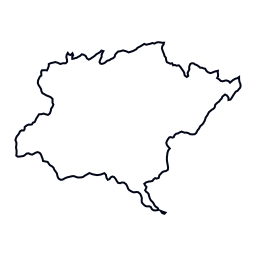 Açucena, Minas Gerais, Brazil (Robinson projection)
{"feature_id": "56859067B35065723034456", "entity_name": "Açucena", "entity_type": "district", "adm_level": 2, "iso_a3": "BRA", "parent_name": "Brazil", "parent_adm1": "Minas Gerais", "projection": "robinson", "projection_center": [-42.437, -19.076], "detail": "fine", "context": "isolated", "style": "outline", "palette": "ink", "viewbox_px": 256, "rotation_deg": 0, "n_neighbors": 0, "source": "geoboundaries", "source_scale": "gbopen_adm2", "svg_char_len": 4653}
<svg xmlns="http://www.w3.org/2000/svg" viewBox="0 0 256 256"><path d="M164.0,42.7L162.4,42.8L160.3,42.4L158.2,42.2L156.5,42.5L154.4,43.6L152.3,43.0L150.6,43.7L148.9,44.1L146.2,44.7L144.3,43.9L142.2,45.2L140.3,46.4L138.8,47.1L137.4,47.9L136.4,49.2L135.1,49.9L133.3,50.9L130.9,51.7L128.7,52.4L126.5,51.4L124.7,50.9L123.1,50.4L121.7,50.8L120.1,51.3L118.1,51.5L116.3,53.3L115.2,54.6L114.7,56.7L113.1,58.2L111.1,59.0L109.3,60.2L107.1,60.8L105.5,62.3L103.7,63.4L101.7,63.9L100.3,63.5L99.5,62.0L100.2,59.9L100.8,58.5L101.6,57.1L101.6,54.9L102.3,53.1L103.4,51.1L101.4,50.6L100.0,52.2L98.3,53.2L96.4,54.2L95.0,55.6L93.4,56.8L92.0,57.7L90.4,58.8L88.8,59.6L87.0,58.4L85.7,56.0L83.6,54.7L81.8,54.3L80.1,55.9L78.1,56.9L76.7,57.8L75.2,58.1L73.9,58.6L72.3,58.9L72.2,56.9L73.2,55.2L72.4,53.3L70.8,55.0L69.2,54.7L67.8,52.9L66.7,54.9L66.3,57.2L67.0,59.6L67.1,61.8L65.6,63.3L63.5,63.2L62.0,63.5L60.2,64.0L57.9,62.8L55.5,62.1L53.1,62.6L50.7,63.2L48.8,64.0L48.8,65.9L48.0,68.2L47.0,70.4L45.0,70.2L41.9,70.3L41.1,72.0L41.3,73.8L41.3,75.6L40.0,76.5L39.3,77.8L38.1,80.3L37.8,83.0L38.6,85.1L39.9,87.1L41.0,88.9L41.4,91.1L42.3,93.0L44.0,94.0L46.6,95.5L48.8,96.3L51.0,97.4L52.6,99.0L52.5,101.0L52.5,102.8L53.4,104.5L52.5,106.8L51.1,108.7L50.8,110.8L49.8,113.5L48.0,114.9L46.0,114.4L43.7,113.6L41.3,114.2L39.0,114.3L37.9,116.1L36.3,118.5L35.4,120.6L34.5,122.2L33.0,122.6L31.9,124.4L30.4,124.7L28.5,124.6L26.6,125.5L24.7,127.0L24.6,129.2L23.7,130.5L21.5,130.4L20.1,131.3L19.4,132.7L18.4,134.5L16.7,136.4L16.0,138.2L15.4,140.0L16.4,142.5L16.4,144.7L16.0,147.5L16.5,150.0L16.6,151.9L16.5,153.6L16.3,155.6L17.6,156.6L19.4,156.6L21.7,156.3L23.7,155.9L25.1,154.9L26.6,153.6L28.7,153.3L30.1,154.2L32.2,154.6L34.0,153.7L35.4,152.8L37.6,152.1L39.7,152.9L41.0,154.6L41.8,156.8L42.6,158.8L43.0,161.0L45.4,161.5L47.6,161.9L48.9,163.8L49.9,165.2L51.8,166.2L53.5,167.7L54.2,169.5L55.5,171.4L56.9,173.4L57.3,175.4L57.8,177.1L58.6,178.6L60.7,179.8L62.6,179.6L64.2,178.7L65.9,177.8L68.5,177.0L70.5,176.6L72.0,176.2L73.8,176.1L75.2,176.6L77.4,177.4L79.5,177.5L81.7,177.3L83.3,176.8L85.1,175.5L87.6,174.1L89.3,173.1L90.9,173.6L92.6,174.3L94.7,174.7L96.9,175.1L98.8,174.9L101.0,174.5L102.6,173.8L104.4,173.2L105.9,174.8L106.5,177.8L107.8,179.8L109.5,179.1L110.7,177.4L112.4,176.5L114.0,177.0L115.4,178.6L116.6,180.7L118.0,182.8L120.1,183.2L121.7,182.5L123.9,182.6L126.0,184.1L127.3,186.4L128.0,188.5L129.1,190.0L131.0,191.2L133.2,192.2L134.6,192.3L136.2,192.0L138.2,192.2L140.2,193.9L141.2,196.0L141.8,198.0L141.7,200.2L141.8,202.4L143.1,204.0L144.4,205.3L145.9,206.2L147.6,206.4L149.2,206.3L150.7,206.9L151.9,209.1L153.4,210.2L154.9,210.4L156.7,210.3L158.6,209.9L157.6,207.9L155.5,206.5L154.5,205.2L153.7,203.6L152.6,202.0L150.9,200.4L149.9,198.6L149.1,196.2L148.6,193.9L147.4,192.6L146.1,191.7L145.1,190.2L145.9,188.7L146.5,187.0L145.2,185.5L144.3,183.8L146.1,182.4L147.6,181.9L148.9,181.5L150.6,181.4L152.5,180.9L153.7,179.2L155.2,178.1L156.6,178.6L158.7,177.9L159.4,175.2L160.8,173.8L161.9,172.5L163.5,171.5L166.0,171.0L167.8,169.8L168.1,167.9L167.7,164.9L167.2,162.4L166.9,159.9L166.9,157.2L167.2,155.3L167.4,153.1L168.3,150.3L169.8,148.5L168.1,146.6L166.8,144.8L166.3,142.9L166.9,141.0L168.1,139.0L169.3,137.4L170.7,137.1L172.4,137.6L173.7,137.2L174.5,135.2L176.2,133.7L178.0,133.4L179.5,132.5L181.5,131.6L183.4,132.3L184.8,132.7L186.3,132.6L188.3,133.1L190.1,134.2L192.5,134.4L194.7,134.2L196.2,133.0L197.4,130.6L199.0,128.6L200.2,126.3L201.4,125.2L202.6,124.2L203.7,122.5L204.7,120.7L205.3,118.9L205.8,117.3L206.8,116.1L207.9,114.2L208.9,112.2L210.1,111.2L211.7,109.8L213.5,108.8L214.7,107.4L215.2,104.8L217.0,103.0L219.1,101.5L220.4,99.7L221.7,98.5L222.3,96.8L223.5,95.7L225.0,94.5L226.8,95.4L228.4,97.5L228.5,100.0L230.4,99.6L231.7,97.9L232.7,96.2L233.9,94.3L234.8,93.0L235.8,91.6L237.6,90.8L238.7,89.3L239.9,88.1L240.6,86.3L240.4,84.1L239.4,81.6L239.1,79.1L239.1,77.0L237.2,78.3L235.6,78.6L234.3,79.3L232.7,80.3L231.1,81.7L230.0,82.7L228.6,81.1L226.1,80.4L224.0,80.9L222.6,81.3L220.7,80.9L219.0,79.2L217.1,78.1L218.0,76.4L218.1,74.4L217.7,72.6L217.9,70.8L215.6,71.3L213.8,71.9L212.0,72.7L210.2,73.1L207.9,72.2L206.3,70.7L205.2,68.7L203.6,68.4L201.9,67.7L200.2,67.7L198.5,66.2L196.5,64.9L195.1,64.5L193.5,63.3L191.6,63.3L190.3,64.0L189.5,65.9L189.1,67.5L189.4,69.2L188.6,70.9L187.6,72.9L188.2,75.9L186.8,77.0L184.7,75.4L184.1,72.5L183.0,70.7L181.6,68.7L180.2,66.7L178.8,65.3L176.5,65.7L175.0,65.0L173.1,65.3L172.2,63.3L170.3,63.7L168.6,62.9L166.9,62.2L166.1,60.0L165.9,57.8L164.5,56.0L164.0,54.0L163.2,52.1L162.4,50.1L161.9,48.2L162.4,46.0L163.5,44.6L164.0,42.7ZM165.5,212.6L163.2,211.9L160.7,210.9L162.2,213.0L164.4,213.8L165.5,212.6Z" fill="none" stroke="#020617" stroke-width="2"/></svg>